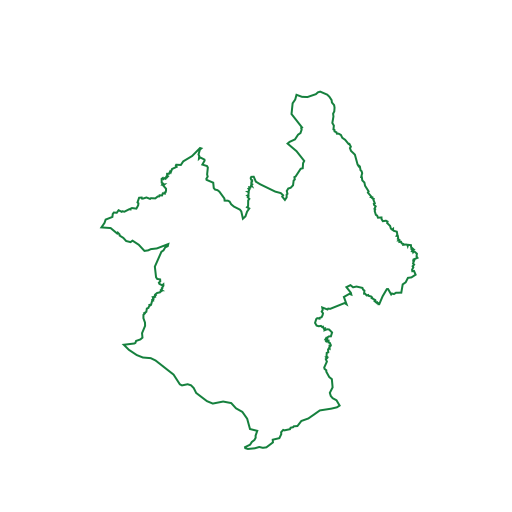 outline of Det Udom, Ubon Ratchathani, Thailand, rotated 117°
{"feature_id": "78962969B44207183673479", "entity_name": "Det Udom", "entity_type": "district", "adm_level": 2, "iso_a3": "THA", "parent_name": "Thailand", "parent_adm1": "Ubon Ratchathani", "projection": "mercator", "projection_center": [105.038, 14.829], "detail": "fine", "context": "isolated", "style": "outline", "palette": "green", "viewbox_px": 512, "rotation_deg": 117, "n_neighbors": 0, "source": "geoboundaries", "source_scale": "gbopen_adm2", "svg_char_len": 6149}
<svg xmlns="http://www.w3.org/2000/svg" viewBox="0 0 512 512"><g transform="rotate(117 256 256)"><path d="M94.0,293.1L98.8,292.1L103.3,292.7L113.4,288.8L120.6,273.3L121.5,273.8L122.7,272.7L126.3,272.2L128.8,273.6L134.4,274.2L139.1,277.9L141.5,278.9L144.2,267.5L149.4,256.2L151.9,256.2L156.6,254.2L158.0,255.8L167.2,256.8L168.3,257.6L170.2,256.2L171.7,256.7L176.2,255.1L179.5,256.1L181.2,257.9L184.1,258.1L186.3,256.2L187.3,256.6L189.9,255.3L192.9,255.7L191.2,259.6L189.6,259.4L188.7,262.5L189.9,268.1L190.2,284.8L189.8,289.9L186.4,294.0L187.6,296.1L189.0,296.1L190.3,294.9L190.2,293.8L191.6,293.2L192.2,293.7L193.7,293.0L193.8,292.0L194.8,292.4L195.5,291.5L195.4,292.4L197.4,292.1L197.8,293.2L198.9,292.3L199.5,293.1L200.1,292.1L202.1,291.8L202.5,292.4L202.6,291.4L205.3,290.4L206.0,291.0L206.1,289.9L207.3,290.1L208.1,287.9L210.0,288.2L215.1,285.7L216.6,286.1L216.7,283.6L220.5,284.1L225.5,283.4L228.7,284.6L223.0,289.3L222.0,291.3L222.0,298.1L221.2,301.6L219.5,304.2L219.5,306.2L220.9,309.1L219.1,310.3L215.3,317.8L214.8,320.2L215.4,322.6L214.6,324.5L210.1,327.4L210.6,334.6L209.8,335.3L207.2,335.1L205.5,336.6L199.0,339.1L198.1,340.5L198.9,345.3L194.3,345.1L193.5,345.7L193.5,350.4L195.2,351.0L192.5,352.1L191.7,353.3L186.7,354.3L185.0,353.6L185.2,354.9L195.9,358.3L204.7,363.8L209.0,364.3L210.9,368.5L211.8,368.5L212.6,367.2L216.6,370.3L220.3,369.9L219.8,370.9L222.3,370.9L223.1,372.5L224.8,371.7L224.9,370.6L226.6,371.1L226.5,371.9L228.2,371.7L228.1,372.7L229.4,373.3L228.7,374.4L230.1,375.1L233.5,373.3L233.6,372.0L235.0,372.0L233.8,370.1L235.3,370.7L236.9,366.7L238.7,365.8L240.3,365.5L240.9,366.2L241.8,365.6L242.5,367.5L244.7,367.2L245.7,369.5L246.8,369.3L247.6,370.6L250.4,371.9L252.2,375.9L253.2,376.3L253.6,380.2L256.3,382.9L256.6,383.7L255.8,384.4L257.2,386.6L262.1,385.9L262.4,384.7L264.3,384.0L268.1,384.1L269.6,388.3L270.9,389.3L271.5,389.0L271.9,390.2L276.3,393.4L276.8,395.4L277.6,395.7L277.6,399.2L280.7,399.7L281.8,402.4L283.6,402.7L286.4,401.7L291.8,406.5L295.3,406.0L300.7,406.7L297.1,398.2L299.0,389.9L297.9,389.8L298.7,387.4L299.7,386.8L300.1,382.4L301.6,378.5L300.6,374.1L298.4,373.0L299.2,365.6L302.1,357.7L300.0,354.7L297.6,352.8L294.3,347.8L285.2,339.6L287.3,339.1L289.5,340.8L293.0,341.0L295.2,342.2L311.4,341.3L320.3,335.4L321.3,333.6L320.4,330.8L322.0,329.8L323.9,330.4L324.7,329.4L324.7,326.3L323.3,325.7L324.5,325.0L326.9,325.2L326.8,325.9L327.5,324.8L329.2,325.2L329.3,324.2L329.7,324.9L330.7,323.7L330.3,325.0L332.0,325.1L333.8,327.3L336.1,328.3L336.4,327.6L337.3,328.1L338.1,327.4L339.3,329.0L339.6,328.2L340.3,328.7L341.3,327.7L342.1,328.4L342.6,327.6L343.1,328.2L346.9,327.4L347.6,328.3L347.8,327.7L349.2,328.5L351.1,328.3L352.4,329.4L355.5,328.4L357.5,329.6L357.7,329.0L359.5,329.6L362.5,328.1L365.7,324.7L368.6,323.1L376.5,322.5L380.3,320.1L382.9,321.2L386.1,324.3L388.2,324.0L389.2,324.7L395.1,333.5L397.3,326.7L398.4,317.3L397.8,310.7L394.8,303.4L394.7,298.1L399.1,275.6L404.9,265.6L404.9,263.2L401.3,258.7L400.7,255.2L401.9,251.6L405.2,247.1L407.6,233.8L407.1,227.5L400.6,219.2L398.3,211.3L400.8,204.7L401.1,197.4L405.0,190.0L412.9,182.8L411.2,175.5L416.3,174.8L418.1,173.8L420.7,173.9L423.6,175.3L426.8,175.6L431.3,179.0L432.1,178.3L431.6,175.6L427.9,169.8L424.7,166.4L423.8,162.8L421.8,159.9L414.4,156.3L412.1,157.7L407.7,152.5L403.3,152.6L401.6,153.6L398.6,152.8L398.5,151.6L394.9,147.1L393.3,147.2L391.7,145.2L390.6,145.0L388.7,141.9L382.4,140.7L377.0,135.6L364.6,129.0L357.9,119.7L354.1,115.2L351.3,113.6L348.0,118.8L347.9,123.1L346.8,125.8L344.4,128.1L338.3,128.1L331.3,132.5L330.6,135.8L327.2,140.8L325.9,141.5L325.5,143.6L324.4,144.6L317.9,144.9L316.2,147.0L314.8,146.4L314.3,147.6L313.6,146.8L313.4,147.6L310.2,149.0L309.0,147.9L306.7,149.3L305.2,149.2L305.2,148.3L302.7,149.7L302.4,148.8L301.5,148.8L299.9,150.8L300.1,152.1L298.7,152.8L300.3,154.4L300.1,155.0L298.1,155.1L298.7,156.3L297.2,156.2L297.4,154.8L296.2,155.5L294.5,154.5L293.6,152.8L289.6,153.5L288.3,157.5L289.0,159.4L291.0,161.2L289.3,161.7L290.0,162.4L288.6,164.2L289.3,164.7L288.8,166.4L290.1,168.2L290.5,170.4L288.8,173.0L284.8,173.7L283.6,173.2L283.0,171.0L282.3,171.3L280.8,169.8L278.6,169.8L276.6,170.3L275.7,172.2L273.8,172.1L271.8,173.6L271.2,168.0L270.1,167.8L269.4,165.9L257.7,155.7L257.9,153.4L252.6,159.1L247.3,155.6L247.1,153.6L245.7,154.8L242.7,161.3L239.1,158.6L239.8,155.3L237.6,152.6L236.1,146.7L237.3,145.4L237.6,143.7L240.5,142.6L240.1,141.5L240.9,139.5L239.8,138.3L240.4,137.6L239.8,135.0L240.2,133.8L241.0,133.8L241.1,129.7L241.8,129.1L242.4,129.6L242.9,127.5L242.3,127.0L243.0,126.3L242.3,125.3L243.3,124.9L243.0,124.3L234.4,124.9L226.1,124.4L225.5,123.3L228.9,118.1L227.7,117.8L227.3,115.8L225.2,114.6L222.7,109.9L214.7,112.4L211.5,110.7L206.5,110.7L204.5,107.8L200.2,105.3L197.6,108.4L198.6,109.8L197.4,110.7L194.6,110.7L194.0,111.8L191.9,111.2L191.3,112.7L188.4,113.0L188.7,113.8L187.6,114.1L184.3,111.3L183.4,112.8L180.9,113.7L180.1,116.8L180.1,117.5L181.2,117.7L180.6,118.2L180.9,119.1L180.0,119.0L179.4,120.3L178.5,118.9L177.7,121.8L176.0,122.9L177.0,125.6L178.1,125.4L177.4,126.1L177.6,127.5L179.2,129.9L178.4,130.2L178.6,131.9L177.5,133.2L178.4,134.6L177.0,135.2L177.5,136.2L176.5,136.0L176.2,138.2L175.9,137.4L175.1,137.7L173.7,138.8L174.2,139.8L172.6,139.9L170.4,141.6L171.0,144.6L170.8,145.6L169.6,146.2L170.7,146.7L170.3,148.3L168.3,150.2L167.1,154.1L165.6,154.4L165.6,156.3L167.4,158.8L166.2,160.8L164.7,161.7L166.5,164.7L165.0,166.4L164.9,167.9L162.0,170.7L160.3,171.0L160.2,171.9L157.4,171.9L156.9,173.9L156.0,174.7L155.1,174.1L152.5,177.0L151.7,177.0L151.7,178.7L150.9,179.0L151.3,180.2L150.8,180.1L148.7,185.1L147.3,185.0L143.9,190.7L141.3,192.8L140.4,195.6L137.7,197.5L137.9,198.1L134.0,199.0L132.5,200.4L132.1,201.8L129.1,204.1L128.8,205.2L129.4,205.3L128.4,207.0L120.8,213.9L119.2,219.1L117.2,221.3L115.6,221.1L113.7,223.7L114.2,224.3L112.0,229.3L111.5,232.8L109.6,235.3L109.5,237.9L110.3,239.5L109.3,240.4L109.3,242.6L108.0,243.4L108.0,244.5L104.5,245.8L102.8,248.4L96.6,250.3L94.2,251.9L91.6,251.9L88.1,253.4L86.1,254.9L84.8,258.0L82.8,259.4L80.8,262.9L79.9,265.8L80.4,273.4L82.0,275.1L84.6,276.1L91.0,282.3L93.3,287.3L94.0,293.1Z" fill="none" stroke="#15803d" stroke-width="2"/></g></svg>